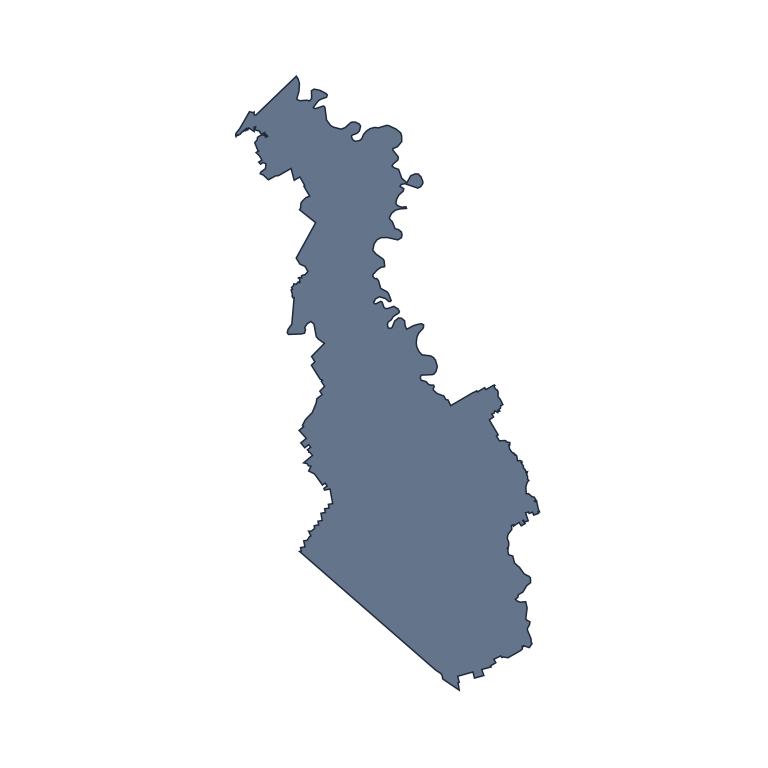 the district of José Azueta, Veracruz, Mexico, rotated 321°
{"feature_id": "50627088B48315621116970", "entity_name": "José Azueta", "entity_type": "district", "adm_level": 2, "iso_a3": "MEX", "parent_name": "Mexico", "parent_adm1": "Veracruz", "projection": "orthographic", "projection_center": [-95.673, 18.138], "detail": "fine", "context": "isolated", "style": "filled", "palette": "slate", "viewbox_px": 768, "rotation_deg": 321, "n_neighbors": 0, "source": "geoboundaries", "source_scale": "gbopen_adm2", "svg_char_len": 6149}
<svg xmlns="http://www.w3.org/2000/svg" viewBox="0 0 768 768"><g transform="rotate(321 384 384)"><path d="M244.1,638.9L245.9,644.5L245.7,647.2L244.0,650.2L249.8,669.3L253.6,662.7L254.7,663.2L257.4,657.5L271.9,663.8L269.2,669.5L278.1,673.4L280.3,667.4L289.2,671.3L289.4,670.1L295.5,671.0L296.1,667.1L303.5,668.7L303.5,670.8L305.0,671.3L308.1,674.8L322.4,677.1L324.8,677.0L326.4,674.8L327.2,675.8L327.8,675.3L331.0,680.3L335.7,678.9L335.7,677.6L337.9,674.6L340.6,665.5L341.7,664.1L345.3,662.8L347.8,660.7L346.3,657.2L346.5,655.6L354.3,648.1L357.1,642.3L352.5,639.3L351.1,636.9L350.7,633.9L354.0,634.0L355.5,632.3L361.1,633.1L367.9,630.6L372.9,630.6L375.8,626.9L375.6,624.6L373.4,619.8L373.9,612.0L372.8,605.3L375.8,598.7L373.4,595.1L375.1,591.8L377.3,589.6L376.7,589.3L379.3,588.1L381.3,585.5L382.7,581.4L385.8,578.9L391.9,577.4L394.0,574.2L396.0,574.9L395.2,576.0L401.8,576.5L401.4,580.6L405.9,581.3L406.0,577.4L406.7,577.6L406.7,579.8L410.0,581.1L412.9,573.2L415.8,574.4L415.3,575.9L418.8,577.2L417.8,580.1L422.6,581.8L423.1,580.3L424.4,581.3L425.3,578.0L429.0,570.9L427.5,570.7L427.2,569.7L429.1,569.5L429.6,566.5L428.1,564.7L427.3,560.2L425.5,558.8L429.6,553.1L433.5,550.5L435.9,550.1L435.6,548.4L437.3,546.3L438.5,542.8L438.5,543.7L440.3,542.4L438.7,541.8L439.8,540.0L439.6,536.8L440.7,535.5L441.1,531.4L442.2,531.7L442.4,530.8L441.5,528.9L439.4,527.7L441.9,523.5L441.8,521.5L440.9,521.3L441.5,519.3L440.5,518.6L440.6,513.9L442.6,509.9L443.2,510.6L445.0,508.7L442.6,506.0L443.0,505.1L442.2,503.8L437.9,500.8L438.7,495.2L440.7,495.4L443.3,478.1L448.4,478.6L448.9,475.2L451.2,475.9L453.2,474.6L454.4,477.7L455.5,476.3L455.8,477.5L456.9,478.0L457.3,476.0L459.3,476.1L460.9,474.4L463.4,474.8L464.7,469.1L464.6,465.7L467.7,462.0L468.3,460.0L467.7,459.2L467.6,456.3L468.5,454.5L469.2,454.9L469.1,454.1L459.6,452.4L460.0,450.2L451.7,449.0L451.8,446.9L451.3,447.9L447.8,446.7L422.2,442.8L423.7,436.8L422.2,434.8L423.0,431.0L419.4,425.0L418.5,420.1L419.3,418.7L421.4,417.6L421.8,416.1L419.2,413.8L418.3,412.1L418.3,408.8L415.2,404.2L416.3,401.8L418.4,400.5L427.7,407.3L429.4,407.7L432.4,406.9L436.4,404.1L439.0,397.9L439.1,394.7L438.0,391.6L431.8,385.1L431.7,380.6L432.8,375.8L434.8,372.5L439.0,368.3L443.0,366.3L449.9,365.2L452.0,363.1L451.2,360.9L448.3,359.1L443.4,357.1L436.2,355.8L436.8,352.6L439.8,347.8L439.0,343.9L436.9,341.8L432.0,341.8L425.8,345.2L424.1,344.9L422.5,343.0L424.3,339.6L426.3,338.5L430.0,338.7L433.6,337.4L440.3,338.1L441.5,337.5L442.2,334.5L440.5,329.8L434.5,327.7L432.6,326.2L432.2,324.5L434.1,319.2L433.5,317.7L428.2,316.6L427.1,315.4L427.3,314.5L427.8,313.4L428.7,313.7L430.7,312.5L435.3,313.3L438.9,318.5L439.6,322.9L440.8,323.9L442.1,323.7L444.4,316.4L444.4,314.2L441.6,307.7L444.8,300.2L444.7,297.4L443.8,297.1L443.1,295.5L443.1,293.2L444.5,292.0L450.4,291.1L454.9,291.4L458.3,293.2L458.8,292.7L461.8,288.0L461.8,285.9L459.6,278.2L459.4,273.0L464.7,268.8L469.3,267.5L473.8,268.4L478.8,272.3L485.4,280.7L489.5,281.3L491.8,279.6L493.2,276.7L492.4,273.1L490.4,270.3L492.6,263.1L492.2,259.9L493.1,257.9L497.5,256.1L502.3,256.1L506.3,257.8L512.0,261.7L512.6,260.0L509.0,257.8L506.7,253.9L507.0,250.9L510.4,248.2L514.5,246.5L520.3,246.2L521.2,245.6L522.3,244.6L520.8,240.5L523.0,239.7L526.3,241.5L533.5,253.0L536.7,253.8L540.3,252.6L541.5,251.3L543.1,246.3L542.8,242.3L540.2,240.2L535.8,239.0L528.3,242.1L527.3,235.2L530.4,226.4L528.1,222.6L527.4,219.8L529.2,218.8L535.6,218.7L537.0,217.8L538.0,216.4L538.1,207.8L538.9,206.6L543.8,208.1L550.4,206.7L553.8,202.4L555.0,199.4L553.9,193.7L550.2,186.1L548.7,184.6L540.8,181.4L538.2,178.7L533.9,176.8L529.5,176.4L525.4,177.1L521.0,179.4L518.4,179.4L515.0,177.8L514.0,176.4L513.4,174.4L514.5,171.0L515.6,170.5L520.8,172.2L524.1,171.9L528.1,168.9L528.4,166.4L526.7,162.6L524.4,160.6L522.9,159.9L515.1,160.3L511.0,158.9L506.3,152.5L505.2,149.5L505.5,142.7L512.1,132.0L512.2,130.8L511.7,129.7L504.4,127.0L503.2,125.9L503.1,124.6L510.9,122.6L514.0,122.9L519.8,125.0L521.9,123.6L521.7,121.6L519.0,115.4L515.2,110.8L512.2,110.4L507.6,116.4L504.4,117.3L502.8,115.0L497.0,111.0L495.6,108.5L495.8,107.4L502.0,103.1L507.3,97.4L509.2,93.1L509.6,89.6L453.6,94.4L452.5,93.1L454.2,90.9L453.2,90.9L450.8,87.7L432.4,94.8L426.9,96.0L425.4,97.1L424.7,98.7L426.7,98.1L427.0,98.9L429.9,99.4L431.9,98.8L434.1,99.3L434.5,98.5L435.5,99.0L435.8,100.1L437.0,100.1L437.3,98.6L438.5,99.0L438.2,100.7L440.0,99.9L442.1,106.2L444.6,102.7L446.1,103.3L444.1,104.8L444.2,106.2L446.5,109.3L445.8,110.5L446.2,112.8L449.5,113.6L448.5,114.4L449.6,116.5L449.2,118.4L447.2,117.4L448.3,116.5L446.6,114.1L444.6,113.1L440.9,112.7L439.2,114.4L435.4,115.1L432.7,123.8L434.0,124.2L430.3,123.6L430.8,128.4L430.0,133.2L426.3,132.7L426.4,135.5L429.2,135.7L430.7,138.1L430.3,139.3L427.4,142.0L421.5,141.8L420.1,142.7L421.7,145.7L422.7,152.6L430.6,154.0L433.2,155.7L447.4,158.0L442.4,169.2L448.9,170.2L447.3,179.9L446.2,179.8L444.4,191.3L440.7,190.0L435.1,190.6L433.3,191.2L429.7,194.9L428.0,195.5L432.4,215.6L395.0,230.9L394.1,238.0L396.6,242.8L395.7,248.6L391.7,249.4L388.2,247.9L386.9,249.7L385.3,247.9L384.2,247.7L384.5,249.2L382.6,252.2L381.6,251.7L381.6,250.7L378.7,251.3L376.9,249.4L375.7,250.6L372.9,250.8L372.6,252.8L371.0,252.5L369.1,256.9L367.8,257.9L367.5,259.8L368.5,260.3L350.1,279.4L343.7,281.2L341.0,283.4L341.0,285.4L351.1,293.0L354.2,294.5L357.2,292.4L357.9,290.2L362.5,288.8L366.5,289.4L367.3,293.3L361.2,304.5L361.2,307.8L363.3,314.9L345.0,317.0L344.3,323.2L339.4,323.7L337.4,340.0L338.5,342.2L337.0,342.4L336.3,348.5L329.6,349.2L329.2,353.3L322.5,353.2L319.3,356.1L310.4,361.0L300.4,362.3L294.5,364.9L294.6,366.6L288.8,366.6L289.4,377.4L282.3,377.4L282.3,383.7L287.2,383.7L287.3,386.9L283.0,386.9L283.4,388.8L282.6,389.6L283.4,390.8L283.5,394.5L271.9,394.7L274.1,397.4L273.8,399.9L275.4,402.0L270.7,404.2L273.4,410.1L272.6,423.8L275.9,424.0L275.7,427.5L271.6,427.3L271.0,429.0L276.0,431.7L268.8,444.7L265.0,442.5L263.3,445.8L259.3,443.6L257.6,446.9L253.6,444.8L250.1,451.2L246.3,449.1L244.5,452.3L240.6,450.2L239.0,452.7L234.7,452.5L232.8,450.9L231.6,456.1L230.2,455.7L226.0,457.1L222.9,455.4L220.1,460.8L216.2,458.6L214.5,461.8L213.0,461.0L244.1,638.9Z" fill="#64748b" stroke="#1e293b" stroke-width="1.5"/></g></svg>